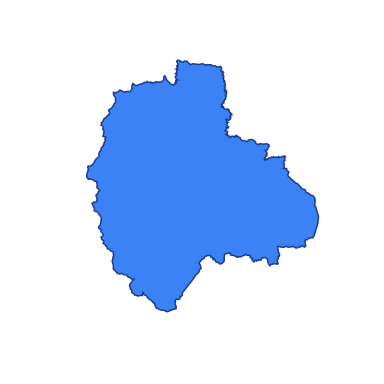 Kaeng Krachan, Phetchaburi, Thailand (orthographic projection), rotated 38°
{"feature_id": "78962969B83426526195600", "entity_name": "Kaeng Krachan", "entity_type": "district", "adm_level": 2, "iso_a3": "THA", "parent_name": "Thailand", "parent_adm1": "Phetchaburi", "projection": "orthographic", "projection_center": [99.487, 12.853], "detail": "fine", "context": "isolated", "style": "filled", "palette": "blue", "viewbox_px": 384, "rotation_deg": 38, "n_neighbors": 0, "source": "geoboundaries", "source_scale": "gbopen_adm2", "svg_char_len": 6029}
<svg xmlns="http://www.w3.org/2000/svg" viewBox="0 0 384 384"><g transform="rotate(38 192 192)"><path d="M292.7,121.3L289.8,120.4L287.3,121.5L285.5,121.2L282.4,121.8L279.5,120.6L276.2,121.9L275.2,121.3L270.1,120.5L267.4,121.1L258.1,120.3L256.8,119.4L256.3,117.1L255.7,116.5L253.4,116.6L252.1,115.3L249.7,116.9L249.7,115.9L248.0,114.7L247.9,113.4L246.1,112.5L245.5,110.6L245.8,109.8L244.2,108.7L244.0,106.8L242.8,106.5L240.0,110.5L238.4,110.9L238.9,111.9L237.3,112.5L235.5,113.9L234.6,113.9L234.1,115.2L233.3,115.3L233.1,116.5L231.2,118.4L231.5,120.1L230.0,120.3L229.7,122.2L229.0,122.0L229.1,121.2L228.2,119.5L228.5,117.2L227.7,117.1L227.8,115.8L226.2,114.6L224.2,113.9L225.1,112.9L225.4,111.6L224.6,110.7L224.6,108.0L223.4,107.5L221.2,108.0L218.4,110.7L216.4,111.5L215.1,113.5L213.9,114.2L212.7,114.6L211.4,113.5L210.1,113.3L207.1,113.6L205.0,115.5L204.4,116.8L204.8,117.8L203.7,118.7L200.5,119.9L200.2,120.7L198.3,120.6L196.4,119.6L193.2,120.3L192.5,120.0L192.6,121.0L191.7,120.9L191.9,122.5L191.0,122.3L189.2,123.4L188.4,124.4L188.8,125.3L187.1,126.0L186.2,124.9L185.3,125.8L183.6,125.8L184.4,125.0L183.1,123.5L182.8,122.4L180.2,123.2L180.4,121.0L179.4,120.1L181.0,119.4L180.8,118.1L178.8,118.2L177.5,116.5L177.6,115.1L176.2,115.7L176.0,114.3L174.3,113.9L175.8,112.7L177.0,112.9L177.3,110.5L176.7,109.8L176.0,109.8L176.3,108.9L175.5,108.7L174.9,107.9L175.9,106.5L175.2,106.2L174.5,106.8L173.7,105.9L172.2,106.0L171.3,104.8L170.6,105.3L169.9,104.4L168.5,105.0L168.4,105.8L165.6,106.6L164.8,105.9L163.9,106.6L163.9,105.7L163.0,106.4L162.4,106.3L162.4,105.0L162.0,104.5L161.4,105.0L161.1,104.8L161.7,103.7L161.6,102.7L162.2,102.3L161.0,101.5L161.5,100.9L160.7,98.9L161.3,98.3L160.5,97.2L159.9,95.2L158.5,95.0L158.8,94.0L158.2,92.2L157.2,91.7L156.9,92.6L155.7,92.8L156.3,91.5L155.6,91.6L155.6,90.8L154.7,91.1L154.0,90.8L154.1,89.2L152.2,88.7L152.6,87.3L150.7,85.8L149.7,85.6L149.9,85.0L148.8,84.7L148.9,84.2L147.8,84.0L145.9,82.5L146.4,82.0L144.6,80.3L144.0,80.8L143.3,80.5L143.2,78.5L142.4,78.9L142.1,78.0L140.6,78.9L140.5,78.4L139.5,77.9L139.4,76.5L138.6,75.8L137.2,75.4L135.0,78.2L132.9,78.1L130.3,80.0L128.7,80.0L124.9,82.8L124.9,83.6L121.5,84.3L118.9,87.3L113.6,90.5L112.3,92.7L107.4,92.1L105.3,93.7L105.3,94.9L104.6,95.6L103.5,96.0L102.7,95.7L102.3,96.4L100.8,96.2L99.5,96.9L99.4,98.5L101.3,99.3L102.7,100.8L102.3,102.1L103.9,102.2L103.7,103.7L105.2,104.2L104.0,105.2L105.0,105.4L106.9,107.5L105.9,108.8L107.7,109.1L108.0,110.1L107.7,111.4L110.1,112.7L111.6,112.6L110.6,113.6L110.6,114.4L111.1,115.0L111.6,114.3L112.0,114.7L111.5,116.5L112.1,116.5L112.8,115.7L111.3,119.3L109.1,119.9L105.0,119.5L103.0,119.2L99.6,117.3L98.9,117.4L98.9,118.6L100.6,120.9L100.4,123.9L99.0,124.9L98.7,125.6L95.5,127.6L95.2,128.0L95.6,128.5L94.4,129.7L94.3,130.5L93.0,130.4L92.5,131.2L92.1,130.8L91.4,131.1L89.8,132.9L88.4,132.6L88.1,134.0L86.8,135.3L86.4,137.1L85.9,137.2L83.0,142.0L81.2,142.9L78.6,142.8L79.4,145.8L80.9,147.1L81.6,150.4L80.9,151.6L79.2,152.2L78.8,153.5L77.8,153.9L77.4,155.1L72.4,156.0L72.1,158.7L71.0,159.9L70.8,161.1L68.7,161.8L70.0,163.4L73.9,165.0L76.6,168.6L76.3,170.3L76.9,172.9L76.9,175.9L75.9,178.4L76.5,179.4L77.7,179.8L79.0,181.2L78.4,182.5L78.4,185.8L77.5,188.6L78.4,190.9L78.0,193.3L78.9,194.3L79.1,195.3L80.2,194.9L82.4,195.6L82.8,197.3L85.4,198.3L87.6,202.9L90.3,201.9L90.9,204.1L92.1,204.5L92.4,207.6L93.2,208.2L93.1,209.3L93.6,210.3L93.4,213.8L94.8,214.7L94.3,217.2L95.4,219.8L96.6,220.6L96.9,221.7L96.1,225.5L96.7,229.2L96.6,232.5L95.8,234.3L94.3,235.4L94.3,236.4L96.7,238.3L97.7,241.6L99.1,244.2L100.6,245.4L102.6,245.7L104.3,244.0L107.1,243.2L108.7,243.5L110.8,242.1L111.7,243.9L112.8,244.6L114.3,247.1L118.5,247.6L118.0,249.8L118.6,250.7L118.4,253.9L121.2,255.6L122.6,257.6L122.3,259.6L120.7,260.6L120.2,262.5L125.3,265.1L126.1,266.7L127.9,266.8L129.0,266.0L129.8,266.0L135.8,267.8L136.4,268.5L137.4,268.8L137.6,270.1L140.1,274.5L139.9,277.1L141.1,278.0L143.7,277.6L144.5,279.3L148.3,279.9L148.8,280.5L148.2,283.7L150.1,284.9L153.0,285.0L153.6,287.3L156.3,286.9L157.1,287.7L158.1,287.3L160.5,288.9L161.7,288.1L164.4,288.5L166.5,287.6L169.9,290.9L169.8,292.3L170.9,293.2L171.7,295.8L174.9,297.9L177.7,301.4L179.3,301.2L183.4,302.1L185.8,301.0L186.6,299.5L188.9,299.2L190.5,298.1L192.7,297.7L193.4,298.4L194.4,298.4L196.1,297.4L197.5,297.9L198.6,297.6L199.7,296.6L199.8,302.6L200.5,304.5L201.7,304.9L203.0,306.3L204.8,306.5L206.6,308.3L208.9,308.0L210.3,308.6L211.1,307.7L212.9,307.5L213.0,307.0L214.2,306.7L215.2,304.8L216.6,304.3L216.3,303.0L215.0,301.4L215.6,301.1L217.0,302.5L219.9,301.9L223.1,302.8L227.4,302.5L229.8,303.1L231.5,302.6L232.3,304.0L235.5,305.6L236.4,304.9L239.7,304.4L243.7,302.0L244.7,302.2L246.4,301.5L249.4,295.9L250.4,295.2L250.5,294.3L251.3,293.5L249.3,291.4L247.5,290.8L246.7,288.8L245.5,287.6L245.8,285.9L247.8,284.9L248.0,283.1L246.9,281.5L247.8,280.9L248.0,279.5L246.5,277.3L246.5,258.4L246.1,255.4L246.8,251.2L245.9,248.5L246.1,246.5L243.5,244.5L241.2,243.6L241.4,238.5L242.4,237.2L241.8,234.9L242.6,234.2L243.0,232.8L245.7,230.6L246.9,231.7L248.7,231.1L250.0,232.1L250.2,231.1L251.1,231.8L252.3,231.5L253.6,232.4L257.5,231.2L258.1,231.6L259.4,230.5L260.0,227.4L259.3,225.4L258.3,224.7L255.9,220.8L259.2,216.7L260.0,216.7L261.1,217.9L265.0,215.8L265.9,216.2L268.4,215.1L268.3,214.4L270.2,213.3L271.4,210.6L272.3,209.9L272.7,208.0L274.2,208.0L276.8,206.4L278.2,207.8L280.4,207.1L280.9,208.5L283.9,209.0L284.1,206.9L284.6,206.3L285.6,206.5L286.3,204.5L288.3,203.3L287.6,200.6L288.7,200.1L289.2,199.1L291.4,198.3L292.7,198.6L295.9,201.2L298.6,202.3L298.7,200.8L300.4,198.5L302.3,196.9L303.6,196.5L304.1,195.5L300.9,193.2L301.1,192.2L300.6,190.6L299.6,189.9L299.6,189.1L300.2,189.0L300.0,188.0L299.0,186.9L297.0,186.1L293.0,182.1L298.3,179.3L299.5,176.9L301.8,176.3L305.6,172.4L308.5,172.2L311.4,168.1L311.1,167.3L312.4,166.5L314.5,166.2L315.0,164.8L311.8,161.8L310.9,159.6L312.2,158.7L312.3,157.1L314.2,154.5L315.2,154.0L315.3,153.3L315.0,151.0L310.6,139.5L307.0,133.7L298.8,127.6L296.8,127.0L294.8,123.5L292.7,121.3Z" fill="#3b82f6" stroke="#1e3a8a" stroke-width="1.5"/></g></svg>